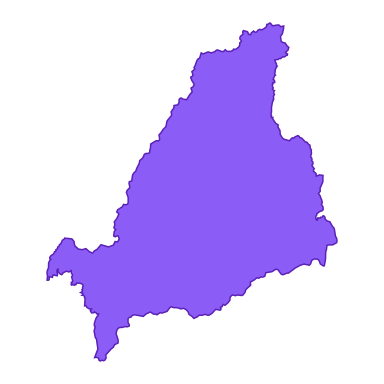 the district of Fresno, Tolima, Colombia
{"feature_id": "7082276B32656810983952", "entity_name": "Fresno", "entity_type": "district", "adm_level": 2, "iso_a3": "COL", "parent_name": "Colombia", "parent_adm1": "Tolima", "projection": "robinson", "projection_center": [-75.055, 5.192], "detail": "fine", "context": "isolated", "style": "filled", "palette": "violet", "viewbox_px": 384, "rotation_deg": 0, "n_neighbors": 0, "source": "geoboundaries", "source_scale": "gbopen_adm2", "svg_char_len": 5885}
<svg xmlns="http://www.w3.org/2000/svg" viewBox="0 0 384 384"><path d="M64.7,238.1L64.4,238.9L62.3,240.3L60.8,243.8L59.5,244.6L58.9,246.4L57.7,247.0L57.5,248.7L55.9,249.7L55.8,251.3L54.6,251.7L53.5,254.1L50.9,255.7L49.8,257.3L49.8,258.4L50.8,259.4L49.9,260.1L48.6,262.9L48.5,267.7L47.2,271.0L47.0,273.7L47.5,275.9L47.1,280.2L48.7,280.2L49.2,279.5L49.2,276.8L52.4,277.3L53.1,274.9L57.2,275.8L57.6,274.7L56.8,270.7L57.6,269.2L58.1,269.1L58.1,271.7L59.7,273.6L61.5,274.7L62.2,274.3L63.3,272.7L66.4,271.2L68.9,272.0L71.2,270.7L71.4,273.1L72.5,274.8L72.5,275.6L71.6,276.7L72.7,281.1L72.4,281.9L71.3,282.3L71.7,283.8L70.6,284.4L71.2,284.4L71.6,285.1L72.9,284.7L74.4,285.2L74.8,284.5L75.8,284.8L76.8,283.0L80.2,283.3L82.0,284.0L83.3,285.6L82.5,287.4L82.7,288.5L81.9,289.8L82.6,290.3L82.1,291.6L80.6,292.6L82.8,293.3L82.8,294.5L82.0,295.2L83.4,295.4L84.4,296.2L84.6,297.8L85.1,298.1L84.6,305.9L86.0,305.7L86.9,307.4L89.2,308.9L91.6,309.1L90.3,310.8L91.6,312.9L93.7,312.8L94.4,311.9L96.5,313.2L97.1,314.1L98.6,313.9L97.8,316.1L97.1,316.4L95.9,318.6L94.3,323.6L94.4,325.9L95.2,326.5L94.1,331.1L95.4,337.8L96.4,338.8L97.9,349.0L94.6,357.6L96.4,357.3L98.6,358.2L99.0,360.2L100.2,361.0L101.8,360.2L103.5,360.7L104.7,360.3L106.1,358.1L105.8,354.9L111.0,349.1L113.4,347.2L114.4,344.9L118.1,342.9L118.1,339.9L116.1,333.6L116.8,330.4L118.1,328.3L119.7,327.5L122.5,327.4L124.9,326.6L127.3,326.8L129.2,326.1L129.4,325.1L128.0,322.4L128.1,318.5L129.2,317.5L131.1,317.0L132.1,315.6L133.1,315.1L134.8,314.8L143.3,316.4L146.3,313.8L150.4,312.0L153.5,314.1L155.2,314.1L157.0,314.8L160.0,312.7L161.9,313.1L167.1,311.4L169.5,308.0L171.1,306.7L173.9,307.7L176.1,307.6L179.3,308.2L180.5,308.9L183.7,308.4L186.0,309.5L187.9,311.5L189.1,314.5L191.8,316.2L193.9,318.4L197.4,316.8L199.0,315.3L202.6,315.2L205.1,314.3L207.4,315.2L209.0,315.2L212.1,313.3L215.7,309.3L219.9,310.2L220.6,309.9L221.0,308.8L220.5,307.1L222.1,306.7L223.0,304.5L225.0,305.3L228.0,302.8L229.9,300.2L230.1,297.3L231.7,295.4L233.1,295.0L235.3,295.7L237.4,295.0L241.8,295.5L243.0,295.0L245.2,292.0L245.7,289.7L250.6,285.2L250.4,282.0L254.2,280.0L256.8,277.8L258.8,278.2L261.1,276.9L262.8,277.1L264.8,276.3L265.8,272.7L271.9,271.7L276.1,269.1L278.1,269.9L280.9,273.8L282.0,274.6L283.0,274.7L287.2,273.1L288.5,273.1L295.1,268.1L300.4,265.2L304.0,264.1L309.4,265.2L310.7,263.7L311.7,260.4L314.1,259.0L317.3,259.1L318.2,259.6L319.2,260.8L320.3,263.9L323.2,265.9L324.3,265.8L325.5,259.2L325.7,251.7L326.4,249.9L326.9,245.7L327.8,245.0L332.9,244.8L336.6,242.7L337.0,241.0L336.6,238.2L335.5,236.3L334.4,229.3L333.7,227.6L332.5,226.5L329.8,221.7L327.2,221.0L325.0,218.9L325.0,217.2L323.7,215.8L323.0,215.8L322.6,216.7L321.2,217.5L320.6,217.3L320.2,218.0L317.8,217.9L317.6,218.6L316.9,219.0L317.6,219.9L317.4,220.2L316.4,220.0L315.7,217.8L316.1,215.8L316.8,215.0L316.8,213.8L319.6,211.6L322.4,210.6L323.2,209.5L323.0,207.0L321.4,204.2L322.3,202.6L321.5,199.3L320.7,198.1L320.4,196.3L318.5,193.6L320.2,191.3L320.1,188.1L322.8,182.0L323.0,175.4L319.5,174.9L316.3,176.1L316.0,173.4L313.6,171.4L313.5,169.8L314.3,168.7L312.0,165.7L312.1,164.9L312.8,164.3L313.0,162.9L312.7,161.6L311.7,160.9L312.0,159.2L311.7,158.1L310.6,156.9L311.5,153.2L311.2,151.6L311.4,149.9L310.1,147.9L310.2,146.4L309.6,144.8L308.8,144.6L306.8,142.1L305.4,142.0L301.7,138.1L299.7,137.5L299.3,136.5L297.9,135.6L295.1,136.8L293.7,138.1L292.5,137.8L291.8,138.2L289.3,140.8L283.7,139.1L282.4,138.0L280.2,134.4L280.0,130.6L277.9,126.9L278.2,125.0L275.6,123.2L272.5,118.4L272.9,117.4L271.2,117.2L271.5,115.3L270.8,114.2L271.5,112.3L271.5,107.2L272.5,101.8L273.2,100.7L273.1,99.8L273.7,99.4L273.4,96.4L274.5,94.4L273.8,93.4L273.8,91.6L274.5,90.7L272.9,89.8L272.4,89.0L273.3,87.9L272.4,86.3L272.4,84.5L273.0,84.0L272.5,83.1L273.0,82.5L274.0,82.8L274.8,82.3L274.4,80.3L273.1,79.4L274.8,75.5L275.5,75.1L274.6,73.7L275.2,71.8L275.1,70.2L276.1,67.8L277.2,66.2L276.6,66.0L276.3,63.3L275.6,62.5L274.8,59.9L278.3,59.4L279.3,58.5L280.7,58.6L282.5,56.9L284.5,56.9L286.2,55.5L287.2,55.3L287.5,53.9L286.5,53.5L285.5,52.4L288.0,50.1L288.8,47.4L287.0,45.8L285.3,43.1L282.4,42.3L281.1,41.0L280.5,36.1L282.3,34.0L283.5,28.9L283.7,26.0L280.7,26.7L279.4,25.3L278.0,24.9L272.5,25.8L270.5,23.2L269.8,23.0L267.8,24.3L266.8,24.4L266.5,26.6L264.4,28.4L261.5,30.0L259.9,29.3L258.0,30.1L257.0,31.7L256.1,32.1L255.0,32.2L253.5,31.0L251.0,33.2L250.9,34.5L250.4,34.8L248.5,34.2L247.9,32.3L247.2,31.6L243.4,30.6L242.8,31.5L242.9,34.4L240.6,36.1L239.9,37.7L239.9,39.0L241.2,40.5L241.3,41.5L239.8,42.8L239.7,45.0L239.1,46.6L236.4,48.9L235.1,49.4L233.5,49.1L232.7,50.6L230.3,51.4L226.8,51.3L225.2,49.7L223.6,51.4L222.0,51.6L217.4,49.9L216.3,50.3L214.6,51.8L211.3,52.9L208.1,51.9L203.2,53.9L201.2,52.9L199.6,58.2L198.2,58.8L197.0,60.4L194.7,66.6L194.0,67.4L194.7,69.3L191.9,71.6L193.0,75.1L192.5,76.2L191.1,76.8L190.7,77.5L191.8,80.4L194.2,84.3L193.1,86.7L191.0,88.1L192.2,91.9L189.8,94.5L186.6,99.7L182.6,99.0L181.6,98.1L180.2,98.2L179.1,99.5L179.0,102.4L177.9,104.8L174.0,105.5L173.9,107.8L171.1,111.9L171.6,114.4L171.4,115.7L167.1,120.8L165.9,126.7L163.2,129.3L160.7,133.1L159.0,134.9L159.6,138.8L159.4,140.1L158.3,140.9L156.2,140.7L150.7,144.0L150.5,148.1L149.8,150.1L149.6,152.5L148.5,153.4L146.2,153.4L144.4,154.2L142.8,157.9L139.8,160.5L139.1,163.7L136.7,168.4L135.8,171.1L133.7,173.1L132.6,175.0L131.7,180.9L129.3,181.7L129.0,183.4L129.7,186.4L129.6,187.9L127.1,190.4L126.4,192.4L128.2,197.6L128.1,203.5L126.3,204.8L123.6,204.4L122.2,206.9L117.7,209.7L116.7,212.0L118.4,213.3L118.8,214.1L116.8,218.6L114.3,221.8L114.9,224.6L113.9,227.6L114.6,228.8L115.7,229.5L114.2,231.6L113.7,236.0L115.3,236.8L117.5,235.7L118.2,236.0L119.3,238.7L117.8,241.5L117.0,241.9L115.1,241.5L113.4,245.1L108.5,246.9L101.0,244.7L97.0,249.4L94.3,250.9L92.9,252.9L92.2,253.0L89.3,251.6L85.9,248.6L82.2,249.7L78.2,249.0L76.5,247.2L75.3,246.6L74.4,244.2L74.0,241.4L71.9,238.9L64.7,238.1Z" fill="#8b5cf6" stroke="#5b21b6" stroke-width="1.5"/></svg>